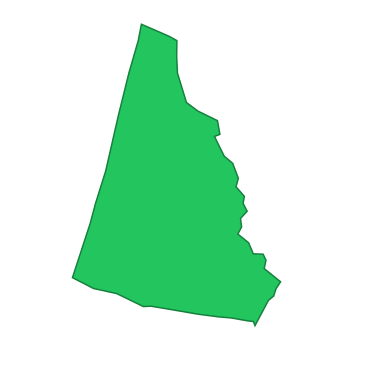 Diffa, Diffa, Niger (Robinson projection), rotated 296°
{"feature_id": "23599985B49279802347692", "entity_name": "Diffa", "entity_type": "district", "adm_level": 2, "iso_a3": "NER", "parent_name": "Niger", "parent_adm1": "Diffa", "projection": "robinson", "projection_center": [12.611, 13.482], "detail": "fine", "context": "isolated", "style": "filled", "palette": "green", "viewbox_px": 384, "rotation_deg": 296, "n_neighbors": 0, "source": "geoboundaries", "source_scale": "gbopen_adm2", "svg_char_len": 757}
<svg xmlns="http://www.w3.org/2000/svg" viewBox="0 0 384 384"><g transform="rotate(296 192 192)"><path d="M99.5,307.2L128.0,308.2L134.3,311.0L142.1,309.9L150.1,311.0L154.8,290.5L163.1,288.4L167.3,283.2L163.3,274.2L171.2,265.1L174.3,251.6L182.3,251.9L189.5,247.2L198.9,250.0L204.2,242.9L211.0,241.0L216.0,229.3L224.7,227.6L235.6,216.0L238.3,205.3L247.3,193.6L251.8,187.9L256.1,191.8L259.2,189.5L267.3,183.6L267.3,182.9L267.3,161.9L270.0,147.8L292.5,126.8L307.7,118.5L321.4,112.1L321.9,103.4L320.6,73.0L304.6,77.3L271.4,83.1L228.9,92.2L173.1,105.2L139.4,110.3L118.9,114.3L62.6,122.1L62.1,145.8L67.7,168.9L67.7,198.5L71.4,205.2L84.9,251.3L91.3,270.3L96.0,282.5L100.4,297.9L102.5,304.0L99.5,307.2Z" fill="#22c55e" stroke="#15803d" stroke-width="1.5"/></g></svg>